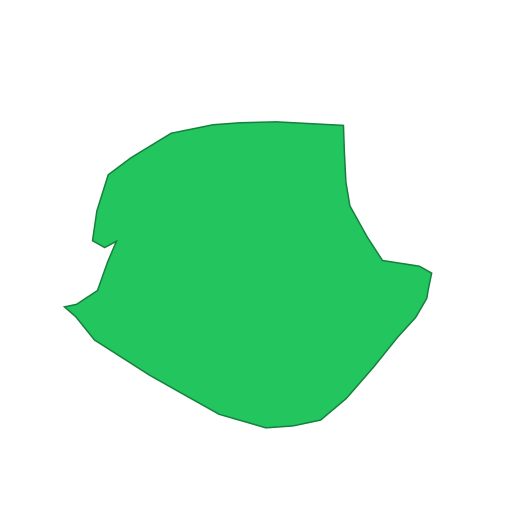 Male', Malé, Maldives (Equal Earth projection), rotated 31°
{"feature_id": "70690204B12193603739109", "entity_name": "Male'", "entity_type": "district", "adm_level": 2, "iso_a3": "MDV", "parent_name": "Maldives", "parent_adm1": "Malé", "projection": "equal_earth", "projection_center": [73.509, 4.176], "detail": "fine", "context": "isolated", "style": "filled", "palette": "green", "viewbox_px": 512, "rotation_deg": 31, "n_neighbors": 0, "source": "geoboundaries", "source_scale": "gbopen_adm2", "svg_char_len": 610}
<svg xmlns="http://www.w3.org/2000/svg" viewBox="0 0 512 512"><g transform="rotate(31 256 256)"><path d="M226.4,413.0L262.6,412.0L305.9,410.7L353.0,398.2L375.2,382.6L395.9,363.3L406.8,331.5L414.1,290.1L419.2,252.8L424.5,226.5L424.2,204.2L421.2,196.8L415.4,180.2L401.4,180.6L366.7,194.7L341.5,182.4L310.7,164.7L295.1,146.5L277.9,120.9L263.7,99.0L204.2,130.6L173.7,150.0L151.6,165.6L120.1,194.4L98.3,236.0L87.5,262.5L96.4,299.4L108.0,327.1L121.9,326.7L128.8,315.3L131.9,337.6L137.9,367.2L127.1,389.8L118.0,398.3L132.8,400.9L160.8,411.2L226.4,413.0Z" fill="#22c55e" stroke="#15803d" stroke-width="1.5"/></g></svg>